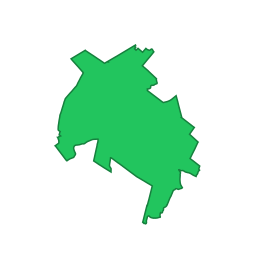 Baneasa, Giurgiu, Romania, rotated 51°
{"feature_id": "2599482B8826706360299", "entity_name": "Baneasa", "entity_type": "district", "adm_level": 2, "iso_a3": "ROU", "parent_name": "Romania", "parent_adm1": "Giurgiu", "projection": "natural_earth1", "projection_center": [26.067, 44.052], "detail": "fine", "context": "isolated", "style": "filled", "palette": "green", "viewbox_px": 256, "rotation_deg": 51, "n_neighbors": 0, "source": "geoboundaries", "source_scale": "gbopen_adm2", "svg_char_len": 5490}
<svg xmlns="http://www.w3.org/2000/svg" viewBox="0 0 256 256"><g transform="rotate(51 128 128)"><path d="M114.8,196.3L115.2,195.6L115.1,194.9L115.2,194.3L115.4,192.6L115.8,191.4L116.6,188.9L116.6,188.5L116.2,187.5L115.6,185.7L115.3,185.3L115.0,185.0L114.6,184.8L114.3,184.7L112.9,184.4L111.4,183.9L110.5,183.5L110.0,183.3L109.7,183.1L109.4,182.8L109.1,182.5L108.8,182.2L108.6,181.9L108.4,181.5L108.3,181.1L108.2,180.7L108.2,180.3L108.3,180.0L108.4,179.7L108.5,179.4L108.5,179.2L109.2,178.3L110.3,176.5L110.6,175.9L110.9,175.1L111.1,174.5L111.3,174.1L111.4,173.8L111.4,173.6L111.9,173.1L112.3,172.6L112.5,172.3L112.5,172.2L112.7,171.8L112.8,171.5L112.8,171.3L112.8,170.4L112.9,169.4L113.0,168.9L113.0,168.1L113.7,165.9L114.1,164.4L114.3,163.8L114.4,163.5L114.6,162.9L114.9,162.3L115.5,161.4L116.3,160.3L117.8,158.3L118.2,158.5L118.4,158.7L119.3,159.6L119.8,160.1L120.8,161.5L121.2,162.1L121.3,162.1L123.0,164.1L123.9,165.3L129.2,171.9L132.0,175.4L135.5,174.3L138.2,173.5L141.0,172.5L143.0,171.9L151.5,168.9L149.0,166.8L148.9,166.8L148.3,166.6L147.4,166.6L146.5,166.4L146.3,166.4L145.8,166.2L145.3,165.8L144.2,164.7L143.5,163.9L141.6,161.8L140.9,161.0L140.4,160.6L140.1,160.3L140.3,160.1L140.5,159.9L141.0,159.8L141.1,159.7L141.8,159.5L148.0,157.9L148.6,157.8L148.9,157.6L151.5,156.9L152.3,156.7L152.8,156.6L153.2,156.4L153.9,156.3L168.0,152.7L171.2,151.9L178.1,149.3L183.9,147.2L184.4,147.0L184.6,146.9L186.8,146.1L188.3,145.6L196.9,157.0L197.3,157.6L197.8,158.3L200.4,161.8L200.1,162.0L204.9,168.4L209.8,174.9L210.5,175.9L210.8,175.8L211.0,175.8L210.9,175.7L211.0,175.6L212.0,175.3L212.9,175.1L213.2,174.9L213.4,174.8L213.6,174.5L213.6,174.3L213.6,174.2L213.6,173.8L213.4,173.5L213.2,173.2L212.2,172.5L211.9,172.3L211.4,171.8L210.3,170.2L209.2,168.8L209.1,168.6L209.1,167.7L209.2,167.3L209.3,167.2L209.5,167.1L210.1,167.0L211.1,166.9L211.4,166.8L212.1,166.5L213.3,165.6L214.0,165.0L215.0,163.7L215.4,163.3L216.3,161.9L216.5,161.4L217.0,160.3L217.2,159.8L217.3,159.6L217.6,159.3L217.6,159.1L217.5,158.9L217.4,158.8L217.2,158.7L216.8,158.6L216.7,158.7L214.8,156.9L214.4,156.2L214.6,156.2L214.7,155.8L215.3,155.2L215.3,154.8L215.3,154.6L215.2,154.3L215.0,154.2L214.4,153.2L214.0,152.0L213.8,151.8L213.7,151.7L213.1,151.3L213.0,151.2L212.8,151.0L212.7,150.8L212.6,150.6L212.5,150.4L212.6,150.1L212.6,149.8L212.8,149.1L212.9,148.2L212.9,147.8L212.7,146.7L212.3,146.1L212.2,146.0L212.3,145.8L209.0,139.9L208.3,138.4L208.2,138.0L208.2,137.9L205.0,132.0L205.4,130.2L205.2,129.6L205.2,129.3L205.2,129.2L205.3,129.0L205.7,128.5L207.4,127.5L207.5,127.3L208.1,125.5L208.3,125.1L208.6,124.5L208.8,123.5L209.1,123.5L208.6,123.3L207.0,123.1L205.3,122.8L204.4,122.4L203.2,121.8L201.6,120.7L200.6,120.0L197.6,117.2L197.1,117.0L196.9,116.7L196.7,116.4L196.4,116.1L196.0,115.6L195.8,115.4L195.3,115.2L194.8,115.1L194.3,115.1L193.2,115.0L192.7,115.0L192.4,114.8L192.6,114.4L194.0,113.9L194.5,113.7L194.9,113.1L195.2,112.8L195.4,112.3L195.7,112.0L196.0,111.9L196.7,111.6L197.2,111.5L197.7,111.3L198.0,111.2L199.0,110.6L199.2,110.4L199.6,110.1L199.8,110.0L201.4,108.7L203.0,107.9L205.7,107.0L207.3,106.2L208.5,105.6L207.9,104.6L207.6,104.2L207.6,103.9L207.4,102.9L207.3,102.6L207.1,102.3L206.8,102.0L206.3,101.2L206.0,100.6L205.8,98.9L204.8,98.9L204.5,98.9L202.7,96.2L194.8,98.0L190.8,99.0L189.3,95.8L188.5,94.1L186.4,89.4L183.0,82.5L183.0,82.4L171.6,84.1L169.3,76.1L168.0,76.5L158.1,78.8L153.6,79.8L153.7,79.6L142.6,74.6L138.6,72.7L133.2,70.3L133.2,74.6L133.2,76.2L133.1,77.1L133.0,78.0L132.7,79.2L132.2,80.8L130.4,84.6L129.4,84.9L111.1,89.4L111.0,89.2L110.6,88.8L110.2,88.6L109.9,88.5L109.8,88.4L110.2,87.9L110.7,87.0L111.0,86.2L111.0,85.9L111.0,85.7L111.0,85.3L110.9,85.1L109.9,84.1L109.6,83.8L109.6,83.7L109.6,83.4L109.6,83.2L109.6,82.9L109.9,82.5L110.4,81.9L110.7,81.5L110.9,81.0L111.0,80.8L111.0,79.9L111.2,79.0L111.4,78.4L111.7,77.9L111.7,77.5L111.6,77.4L111.4,77.1L111.1,76.9L110.7,76.7L109.8,76.4L108.8,75.8L107.9,75.3L107.7,75.1L107.6,74.9L97.2,76.3L96.0,76.4L88.7,77.7L87.1,70.0L86.1,64.7L85.6,62.3L85.1,60.0L84.2,60.0L83.3,59.8L82.4,59.7L82.0,59.7L81.8,59.7L81.6,59.8L81.4,60.1L81.3,60.5L81.3,61.7L81.2,62.1L81.1,62.5L80.7,62.8L79.7,63.3L79.2,63.6L78.6,63.8L78.1,63.9L77.4,64.0L78.3,69.0L72.4,70.1L72.6,72.8L70.6,73.1L70.4,71.5L69.4,71.6L68.9,71.1L69.0,70.3L68.2,70.0L65.1,91.8L64.9,92.9L63.5,102.0L64.2,101.8L64.3,101.8L64.2,102.0L63.6,102.3L63.4,102.4L63.2,103.6L63.0,105.4L62.7,105.6L56.7,107.4L54.9,108.0L53.2,108.5L49.9,109.5L48.1,110.1L43.4,111.6L41.1,112.3L40.7,112.3L40.2,116.1L40.1,116.6L38.4,128.7L40.3,128.7L45.9,128.4L47.7,128.3L55.5,128.0L55.9,127.9L56.2,128.0L56.7,128.2L57.0,128.1L57.3,128.6L59.0,133.0L59.3,133.7L59.8,134.7L61.6,138.9L62.0,139.6L62.3,140.2L62.9,141.7L63.0,142.3L63.1,143.3L63.7,146.6L64.1,148.6L64.4,150.9L65.5,157.1L65.7,157.9L65.8,158.4L66.0,158.6L66.1,158.8L66.3,159.1L67.7,161.5L68.2,162.1L69.1,163.4L71.5,167.0L71.8,167.4L72.2,168.0L72.9,169.0L74.3,171.2L74.7,172.0L75.4,173.0L76.0,173.6L76.4,174.0L76.8,174.5L77.1,174.8L78.1,176.0L78.9,176.9L80.4,178.5L82.2,180.5L82.9,181.2L84.8,182.9L85.5,183.4L85.8,183.5L86.0,183.5L86.7,183.4L87.1,183.2L88.1,183.0L88.2,183.3L88.6,183.9L89.7,185.4L89.9,185.7L90.0,185.8L90.1,185.7L91.4,185.4L91.6,185.3L91.8,185.3L91.6,185.9L91.5,186.8L91.2,187.6L91.2,187.9L91.2,188.3L91.0,188.6L91.3,188.6L91.5,188.7L94.0,189.6L94.9,190.2L95.7,190.8L95.9,191.1L96.0,191.3L96.2,191.5L96.0,195.8L96.3,195.7L96.5,195.7L99.3,195.8L101.5,195.9L108.1,196.1L113.0,196.3L114.8,196.3Z" fill="#22c55e" stroke="#15803d" stroke-width="1.5"/></g></svg>